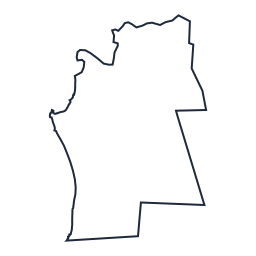 outline of Juan L. Lacaze, Colonia, Uruguay, rotated 90°
{"feature_id": "84410073B83500791837545", "entity_name": "Juan L. Lacaze", "entity_type": "district", "adm_level": 2, "iso_a3": "URY", "parent_name": "Uruguay", "parent_adm1": "Colonia", "projection": "albers", "projection_center": [-57.44, -34.396], "detail": "fine", "context": "isolated", "style": "outline", "palette": "slate", "viewbox_px": 256, "rotation_deg": 90, "n_neighbors": 0, "source": "geoboundaries", "source_scale": "gbopen_adm2", "svg_char_len": 2071}
<svg xmlns="http://www.w3.org/2000/svg" viewBox="0 0 256 256"><g transform="rotate(90 128 128)"><path d="M21.3,66.1L15.4,77.5L17.6,80.3L20.5,83.6L22.2,90.6L25.0,95.9L22.7,104.0L23.4,109.0L25.7,113.7L27.4,119.6L25.9,121.8L24.3,123.9L22.3,127.8L23.1,131.2L26.0,133.1L30.8,137.7L29.5,140.7L30.3,143.8L32.3,143.2L35.5,141.9L42.1,142.5L43.3,138.3L45.8,138.2L52.5,141.5L58.0,142.1L64.6,143.4L64.7,147.1L63.6,152.3L58.3,158.6L53.2,165.4L50.3,170.6L50.0,176.0L52.1,178.5L57.2,179.3L60.4,178.5L59.9,173.8L61.9,171.7L67.4,172.3L72.2,174.3L76.0,181.2L78.1,180.8L80.7,180.6L83.1,180.8L87.2,180.8L90.6,181.0L94.8,181.9L95.2,182.3L94.8,182.6L95.6,183.0L96.7,183.1L97.4,183.1L97.7,183.4L99.3,184.8L99.9,185.5L100.0,185.8L100.1,186.2L100.2,186.4L101.3,185.7L102.1,185.5L102.9,186.0L103.2,186.3L104.4,186.7L104.5,187.2L106.4,188.0L107.5,188.6L108.0,189.1L108.6,189.2L109.9,190.0L111.1,191.5L111.6,193.0L111.8,193.6L111.9,194.9L112.7,197.3L113.1,198.2L113.2,198.4L113.4,198.9L113.2,199.0L113.5,200.0L113.9,201.1L113.5,201.8L113.4,201.8L113.0,202.5L112.6,203.0L112.3,203.5L112.0,203.2L111.9,203.4L110.8,202.6L110.7,202.7L110.8,202.8L110.1,203.9L110.0,204.1L111.3,204.3L112.6,204.6L112.6,205.1L112.8,205.3L113.5,205.8L114.3,205.8L115.2,206.1L116.1,206.1L116.9,206.1L117.1,206.0L117.3,205.8L117.4,204.4L118.5,204.1L119.8,203.6L122.4,203.1L124.9,202.0L127.7,201.2L129.0,201.2L129.7,201.3L130.1,201.5L130.4,201.6L131.1,199.9L131.3,199.8L133.1,199.1L139.9,195.2L145.6,192.1L153.7,188.8L162.3,185.6L170.6,183.1L179.1,181.2L187.4,180.3L194.2,180.6L199.9,181.8L202.7,182.2L205.1,182.4L206.0,182.7L207.8,182.7L209.1,183.5L218.5,183.8L222.9,183.8L225.0,183.8L227.1,184.1L228.4,184.1L229.6,184.2L231.3,184.6L232.7,185.0L233.5,185.2L234.3,185.3L234.6,185.8L234.3,186.1L234.5,186.7L235.2,186.8L235.5,186.5L236.6,187.2L236.7,188.0L237.2,188.0L237.7,187.9L238.1,187.7L239.0,188.2L239.0,188.5L239.4,188.8L240.3,189.0L240.6,189.3L236.2,118.0L202.5,115.1L205.0,51.6L114.7,78.9L110.7,80.0L110.0,49.9L90.7,53.6L68.5,64.3L44.6,62.7L43.1,66.9L21.3,66.1Z" fill="none" stroke="#1e293b" stroke-width="2"/></g></svg>